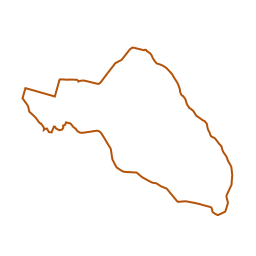 outline of Haarlemmermeer, Noord-Holland, Netherlands, rotated 274°
{"feature_id": "6326949B97819203783200", "entity_name": "Haarlemmermeer", "entity_type": "district", "adm_level": 2, "iso_a3": "NLD", "parent_name": "Netherlands", "parent_adm1": "Noord-Holland", "projection": "mercator", "projection_center": [4.677, 52.324], "detail": "fine", "context": "isolated", "style": "outline", "palette": "amber", "viewbox_px": 256, "rotation_deg": 274, "n_neighbors": 0, "source": "geoboundaries", "source_scale": "gbopen_adm2", "svg_char_len": 5588}
<svg xmlns="http://www.w3.org/2000/svg" viewBox="0 0 256 256"><g transform="rotate(274 128 128)"><path d="M202.8,146.0L203.3,145.6L203.9,144.9L204.9,143.5L205.2,143.1L205.9,141.5L206.0,141.4L206.3,141.2L206.7,141.1L206.9,140.9L207.0,140.8L207.1,140.7L207.2,140.3L207.2,140.1L207.3,139.8L207.3,139.7L207.2,139.4L206.9,138.9L206.7,138.6L206.7,138.3L208.4,128.7L208.5,128.1L208.5,127.7L208.4,127.0L208.3,126.5L208.1,126.5L207.9,126.1L207.6,125.7L207.3,125.2L206.9,124.7L206.3,124.2L196.0,117.2L195.7,117.0L195.4,116.7L192.1,111.3L191.9,111.1L191.4,110.5L189.9,109.6L180.1,103.0L174.3,99.3L171.5,97.4L171.1,97.1L170.7,96.8L170.5,96.5L170.2,96.1L170.1,95.8L170.0,95.5L170.0,94.8L170.0,94.3L170.9,88.9L171.8,83.7L172.1,82.0L172.2,81.4L172.2,80.7L172.2,79.7L172.1,79.0L171.9,77.9L171.6,76.8L171.3,76.0L170.9,75.3L171.4,75.1L172.5,73.8L172.4,69.5L172.4,68.8L172.2,66.0L172.1,65.5L171.9,63.7L171.9,62.4L171.9,59.3L171.9,58.8L171.8,57.7L171.8,56.8L171.7,56.7L171.4,56.5L170.7,56.3L170.7,56.2L154.3,52.8L155.1,49.1L155.2,48.9L155.6,46.7L155.7,46.3L156.9,40.8L157.9,35.7L158.1,35.2L159.6,27.8L160.6,22.9L150.7,20.8L150.3,20.7L144.7,25.4L144.3,25.7L143.5,26.3L142.7,26.7L142.0,27.0L141.7,27.2L137.4,28.4L133.6,33.2L132.0,35.0L131.3,35.7L130.6,36.3L129.8,37.0L129.2,37.4L128.6,37.9L128.1,38.3L126.6,39.9L126.6,40.3L126.4,40.3L126.3,40.5L125.8,41.4L123.0,43.7L122.5,44.0L122.0,44.2L121.8,44.2L121.5,44.2L120.3,44.2L120.6,44.5L121.1,45.2L121.3,45.7L121.6,46.4L121.7,46.8L121.8,47.1L118.4,49.4L118.3,52.1L121.8,53.2L124.3,54.0L124.3,54.9L122.5,56.2L121.0,59.7L121.8,62.3L123.8,63.5L125.8,63.0L126.7,65.0L129.3,65.8L128.6,69.2L128.7,69.3L128.7,69.7L128.6,69.9L128.5,70.2L128.3,70.4L128.2,70.6L127.3,71.5L125.7,72.9L125.3,73.2L125.0,73.7L124.5,74.5L123.9,75.3L123.7,75.7L123.6,76.0L123.0,76.3L122.3,76.9L122.1,77.1L121.5,77.7L121.1,78.3L120.8,78.8L120.4,79.5L120.3,79.9L120.3,80.0L120.2,80.1L120.1,80.5L120.0,80.9L120.0,81.2L119.9,81.6L119.9,81.8L120.0,82.6L120.1,83.3L120.9,87.1L122.2,93.0L122.5,94.1L122.8,95.6L122.9,96.0L123.0,96.4L123.1,97.2L123.1,97.5L123.0,98.1L123.0,98.3L122.9,98.5L122.9,98.8L122.8,99.1L122.6,99.4L122.4,99.9L122.2,100.3L121.9,100.7L121.7,101.0L121.3,101.4L120.8,101.8L114.6,106.3L113.3,107.1L108.7,110.4L108.2,110.8L106.7,111.8L106.2,112.1L105.7,112.3L105.4,112.4L102.8,113.0L100.0,113.6L97.0,114.3L96.1,114.5L95.8,114.6L95.0,115.0L89.5,118.3L88.9,118.7L88.4,119.1L88.0,119.6L87.7,119.8L87.5,120.1L87.1,120.7L85.3,123.9L84.8,124.9L84.5,125.5L84.3,126.0L84.2,126.6L84.1,127.3L84.0,127.6L84.0,128.4L84.0,129.8L84.1,133.7L84.1,134.1L84.1,135.0L84.1,137.1L84.2,138.7L84.2,139.0L84.1,139.3L84.1,139.6L84.0,139.9L83.8,140.2L83.5,140.7L83.2,141.0L81.3,143.6L80.4,144.8L80.1,145.3L79.8,145.7L79.5,146.3L79.1,147.3L79.0,147.5L76.2,153.5L76.0,154.1L75.7,154.8L75.4,155.4L75.2,156.2L75.2,156.4L75.0,157.3L75.0,157.5L74.9,157.9L74.9,159.4L74.9,159.7L74.8,160.0L74.7,160.3L73.4,162.7L73.3,162.9L72.1,165.1L71.9,165.5L71.8,166.0L71.1,168.2L70.9,168.6L70.5,170.1L70.3,170.5L70.2,170.7L70.0,171.1L67.6,173.3L58.6,181.9L58.4,182.1L58.2,182.4L58.1,182.7L58.0,182.8L57.9,183.1L57.9,183.4L57.9,183.6L58.0,184.1L58.2,185.8L58.4,186.8L58.5,187.3L58.9,190.4L58.9,190.8L58.9,191.0L57.7,201.3L57.5,202.3L57.5,202.7L57.4,203.0L57.2,203.8L57.1,204.6L56.6,207.1L55.8,211.0L55.6,212.1L55.4,213.2L55.2,214.1L55.0,215.4L54.9,215.7L54.8,215.9L54.6,216.3L54.4,216.5L54.1,216.9L53.9,217.0L53.7,217.1L52.5,217.5L51.5,217.8L50.6,218.1L50.4,218.2L50.0,218.5L49.9,218.6L49.7,218.8L49.4,219.2L48.5,220.9L47.7,222.6L47.6,222.9L47.5,223.3L47.5,223.6L47.5,223.9L47.6,224.1L47.6,224.3L47.8,224.5L49.4,227.4L51.1,230.4L51.2,230.6L51.3,230.7L51.5,230.8L52.3,231.1L59.4,232.8L60.1,232.9L60.4,232.8L60.8,232.8L61.2,232.7L61.4,232.6L64.8,231.5L66.1,231.1L66.4,231.0L66.7,231.0L67.0,231.0L67.3,231.0L67.8,231.1L75.7,234.1L78.2,235.1L78.5,235.1L78.8,235.2L81.2,235.2L88.2,235.3L88.9,235.2L90.1,234.9L92.7,234.5L94.0,234.2L94.6,234.1L95.9,233.9L96.5,233.7L96.9,233.5L97.8,232.9L99.5,231.9L100.3,231.4L100.6,231.1L102.2,230.1L102.8,229.8L103.1,229.6L103.7,229.3L104.5,229.1L105.1,228.9L107.1,227.6L107.9,227.0L108.2,226.8L109.3,225.8L109.6,225.5L111.7,224.2L112.3,223.9L112.7,223.7L115.7,222.7L116.0,222.6L116.3,222.4L116.7,222.0L117.9,220.8L118.1,220.5L118.3,220.3L118.4,220.2L118.9,219.7L119.3,219.4L123.0,216.2L123.5,215.6L123.9,215.2L124.2,214.5L125.3,211.9L125.4,211.7L125.6,211.4L126.0,211.1L126.4,210.9L126.9,210.6L129.0,209.8L130.2,209.1L131.5,208.3L132.2,207.9L132.7,207.7L134.3,207.2L137.3,206.4L137.9,206.2L138.1,206.1L138.2,205.9L140.1,204.0L140.2,203.8L140.3,203.7L140.5,203.2L140.7,202.6L140.9,202.1L141.3,201.5L144.9,195.5L145.0,195.2L145.5,194.8L146.6,194.1L147.2,193.7L147.5,193.5L148.0,193.1L148.3,192.9L149.2,192.2L149.6,191.9L149.8,191.7L150.3,191.0L150.4,190.8L151.0,190.0L151.2,189.8L151.4,189.4L151.8,188.8L152.0,188.3L152.2,187.9L152.5,187.6L152.6,187.4L153.3,187.1L153.5,186.9L153.8,186.7L154.2,186.3L154.5,186.0L154.7,185.8L155.0,185.7L155.4,185.4L156.1,185.1L156.9,184.7L158.6,184.0L160.3,183.4L160.5,183.4L160.8,183.2L162.6,181.7L163.4,181.0L163.5,181.0L163.9,180.3L163.9,180.2L164.0,180.1L164.2,179.6L164.4,179.4L164.5,179.3L164.7,179.1L164.9,178.9L165.1,178.7L166.1,178.2L166.4,178.1L167.2,177.7L167.8,177.5L168.2,177.4L169.9,177.1L170.5,176.9L172.3,176.2L175.5,174.7L176.1,174.3L176.8,173.9L181.0,170.8L181.9,170.1L184.4,168.5L184.8,168.2L185.1,168.0L185.3,167.7L190.0,162.8L190.3,162.4L190.8,161.8L190.9,161.5L192.5,158.6L192.6,158.4L193.8,154.9L194.0,153.8L194.4,152.3L194.5,152.1L196.3,150.2L197.8,149.1L199.3,148.0L202.7,146.1L202.8,146.0Z" fill="none" stroke="#b45309" stroke-width="2"/></g></svg>